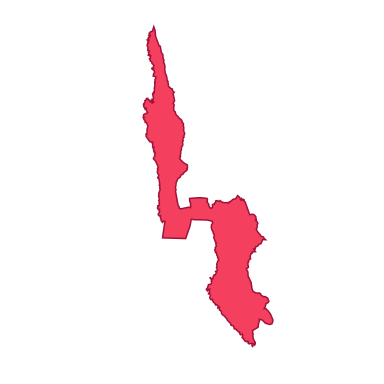 outline of Cohuecan, Morelos, Mexico, rotated 334°
{"feature_id": "50627088B76713899693742", "entity_name": "Cohuecan", "entity_type": "district", "adm_level": 2, "iso_a3": "MEX", "parent_name": "Mexico", "parent_adm1": "Morelos", "projection": "equal_earth", "projection_center": [-98.717, 18.758], "detail": "fine", "context": "isolated", "style": "filled", "palette": "rose", "viewbox_px": 384, "rotation_deg": 334, "n_neighbors": 0, "source": "geoboundaries", "source_scale": "gbopen_adm2", "svg_char_len": 6047}
<svg xmlns="http://www.w3.org/2000/svg" viewBox="0 0 384 384"><g transform="rotate(334 192 192)"><path d="M181.4,356.9L182.3,356.2L183.0,354.7L182.7,353.7L182.8,350.4L183.9,347.4L184.7,346.6L184.7,345.4L185.8,343.1L192.1,342.5L194.5,338.9L196.1,337.4L196.8,335.9L199.1,338.0L200.4,342.0L203.7,345.1L206.0,345.5L207.9,343.8L208.7,342.1L209.0,336.1L208.4,332.6L207.2,329.1L205.7,328.4L207.7,327.0L209.6,324.8L211.6,324.8L213.1,324.1L213.5,320.7L212.0,318.1L210.6,317.6L208.9,315.2L209.0,313.5L208.5,312.5L205.4,310.9L203.4,308.4L203.5,305.3L205.5,299.1L205.6,292.0L207.2,288.3L207.1,284.9L209.8,284.4L210.7,281.0L211.4,280.0L212.2,279.8L212.1,278.9L214.8,277.6L215.3,277.8L216.2,275.1L218.2,273.3L219.2,273.4L219.6,272.3L222.9,273.4L222.3,270.2L223.0,270.2L224.0,271.5L223.9,271.0L224.9,269.3L227.2,269.4L229.2,268.5L231.5,268.6L234.6,265.8L237.2,267.1L236.4,265.0L236.6,263.9L234.5,261.7L234.5,260.0L233.6,257.0L233.4,253.6L234.9,252.6L236.3,250.0L237.4,249.1L237.5,247.0L237.1,246.2L237.5,245.4L236.9,245.0L237.8,244.7L238.0,243.3L238.6,242.1L238.0,240.0L237.1,238.7L233.9,237.6L235.4,224.3L234.9,223.1L235.4,222.0L235.1,221.3L234.4,221.6L233.7,219.8L233.0,221.0L232.2,220.4L232.5,217.9L231.4,215.2L228.2,217.3L225.8,216.5L222.1,217.5L221.4,217.1L219.9,218.1L218.8,216.7L217.1,216.3L214.4,214.1L213.5,212.0L212.2,212.4L211.0,210.8L209.3,210.4L208.8,211.4L207.4,212.0L206.6,212.9L205.9,212.3L204.6,212.5L204.1,214.3L203.6,214.9L201.6,214.9L201.0,211.8L201.7,210.4L201.1,207.4L201.8,207.0L202.0,206.1L202.6,205.6L202.7,204.3L196.5,200.5L187.0,196.7L185.8,199.7L185.8,201.8L185.2,202.3L184.6,204.5L183.6,205.4L182.7,204.3L174.1,202.1L173.5,201.0L173.9,200.0L173.7,197.7L177.5,184.1L178.7,182.8L179.1,180.4L180.0,179.7L181.8,176.7L185.2,173.8L188.0,173.5L189.6,171.9L191.5,172.1L193.0,171.1L197.0,170.2L197.6,169.7L197.5,168.6L198.5,168.4L199.7,165.6L197.2,161.9L195.5,156.9L195.7,156.1L196.6,155.9L196.7,155.1L197.6,154.5L197.7,153.6L198.7,152.6L199.5,150.7L200.9,149.5L201.9,147.4L203.7,146.4L204.9,144.8L205.0,143.5L205.7,142.5L206.5,142.3L206.7,140.9L208.1,139.3L208.8,139.3L209.1,138.2L211.1,136.3L211.3,133.4L212.8,130.7L213.5,128.0L214.3,127.0L213.8,124.9L214.1,124.3L214.0,122.0L212.9,120.2L212.5,117.8L211.9,116.8L211.5,115.0L212.1,112.7L211.4,111.6L212.0,109.1L214.1,106.0L214.1,103.9L216.4,102.3L218.1,95.4L219.8,94.5L219.3,94.0L219.0,92.0L219.5,90.7L218.5,89.9L217.2,86.6L218.3,83.9L218.3,82.8L219.0,82.0L218.4,80.5L219.0,79.9L219.9,76.8L220.2,72.9L221.7,68.9L222.5,67.9L223.3,65.2L223.4,63.1L223.8,62.0L224.6,61.2L224.6,59.1L226.1,55.6L225.7,54.6L225.8,52.4L227.2,47.8L227.2,46.7L226.8,46.6L226.6,45.3L227.5,36.2L229.6,30.7L230.1,26.7L226.8,30.2L225.0,29.7L224.2,30.5L223.2,30.4L222.7,31.3L223.2,33.0L222.8,33.4L221.9,32.7L222.0,33.8L221.6,34.4L221.1,34.0L220.3,34.9L219.9,34.6L219.3,35.7L218.4,35.6L218.3,36.6L219.7,36.7L218.2,38.8L217.7,38.5L215.8,40.7L215.8,42.8L214.2,45.5L215.3,46.1L215.5,46.8L213.9,47.7L213.9,48.6L212.6,50.0L213.3,50.5L214.3,50.4L214.7,51.2L214.4,51.9L213.8,51.8L213.1,53.6L212.1,53.7L212.4,54.8L211.9,55.9L212.8,57.3L212.4,58.9L213.3,61.6L211.6,63.0L211.6,64.3L211.3,64.5L210.7,64.4L210.7,63.5L210.2,63.2L209.9,63.7L211.1,66.3L210.9,68.1L209.5,68.7L207.9,70.8L209.8,72.4L209.6,73.5L207.8,75.0L207.5,76.1L206.7,76.7L206.9,77.4L206.3,77.6L205.5,79.7L203.6,82.2L203.2,83.8L202.6,84.2L201.5,86.4L200.5,86.6L200.9,85.7L199.5,86.6L198.6,90.8L197.7,91.3L196.7,91.1L197.0,93.7L195.6,92.3L196.0,94.5L195.1,94.7L195.0,92.9L194.5,92.9L193.6,91.6L193.8,90.3L192.9,89.3L193.3,88.5L192.1,88.0L190.9,89.2L189.7,89.2L189.2,90.9L187.4,91.4L186.8,92.0L187.2,92.5L186.2,93.3L186.0,94.5L186.4,95.8L187.0,96.1L186.1,96.8L186.4,97.2L187.3,97.0L186.8,98.3L186.9,101.2L182.5,101.2L181.4,102.7L181.7,103.9L180.8,103.8L180.6,106.1L181.1,107.0L180.4,109.0L181.4,109.4L181.5,111.2L181.0,113.8L179.3,115.6L176.8,120.4L176.1,119.8L175.1,122.0L176.1,128.3L177.0,128.7L177.5,130.1L178.4,130.1L176.3,134.4L176.3,135.1L177.3,135.3L176.0,136.8L175.5,138.7L176.1,139.1L175.3,140.1L176.1,140.7L176.0,141.2L174.5,142.5L174.1,143.6L172.1,144.7L171.9,145.3L172.8,148.3L172.6,154.9L171.2,155.7L171.3,157.0L170.4,157.5L169.3,159.5L169.4,162.7L167.4,164.1L167.5,164.8L168.1,165.0L168.0,165.9L166.3,171.2L165.5,171.5L165.7,172.7L164.6,174.5L164.5,175.8L161.4,178.7L161.3,180.0L160.2,180.8L159.6,184.1L158.3,185.1L158.6,186.3L157.5,187.5L157.1,189.3L155.2,189.4L155.5,190.2L154.7,190.3L153.9,191.3L153.9,192.4L155.2,193.4L154.1,194.4L154.5,195.3L151.9,197.1L151.7,197.7L152.2,199.3L153.3,199.4L152.3,201.4L152.3,202.8L151.7,204.1L152.2,206.4L153.5,205.7L154.8,206.5L145.4,220.3L165.9,231.1L175.6,221.4L179.4,216.1L181.4,217.6L193.3,223.8L197.5,227.3L196.7,229.4L195.4,229.7L193.8,232.2L193.3,234.9L193.5,237.4L192.9,238.4L193.4,240.2L191.6,242.4L191.1,247.4L191.7,248.3L190.7,248.9L190.1,251.5L188.7,251.9L188.0,253.4L187.0,254.0L187.0,255.6L186.6,256.3L186.7,256.8L187.3,256.8L186.6,260.0L186.7,261.7L186.1,262.4L186.4,263.2L186.3,264.8L185.2,265.1L182.4,267.9L182.1,269.6L180.8,270.7L180.9,272.3L180.2,273.7L178.4,273.6L178.5,275.3L176.2,276.8L175.5,276.2L173.6,277.7L172.8,279.2L171.6,278.6L171.0,277.0L170.6,277.1L171.0,278.7L170.8,280.4L170.2,280.5L170.2,281.4L169.7,282.4L168.4,283.0L166.2,282.5L163.5,285.3L162.3,285.6L162.1,286.3L162.6,287.7L164.4,286.7L165.4,287.1L164.4,287.9L163.9,289.8L162.4,290.2L162.2,290.8L163.1,291.1L163.4,292.6L161.6,294.8L161.5,296.2L162.0,297.3L163.2,297.4L162.9,300.3L163.8,302.2L163.6,303.6L164.0,304.2L164.6,304.0L165.3,304.9L165.4,305.9L164.4,307.6L166.2,307.5L165.0,309.7L165.0,310.3L165.8,311.3L165.8,312.8L165.3,314.0L165.6,315.8L167.0,318.1L167.0,319.4L167.7,320.6L167.5,322.4L169.0,327.1L168.6,328.9L170.6,330.5L170.0,333.6L171.1,333.9L171.5,334.6L171.4,335.6L172.0,336.3L172.3,338.0L173.4,338.8L172.8,340.1L172.9,341.5L173.9,341.9L174.8,341.6L174.7,343.4L173.2,344.8L173.9,346.4L174.2,349.1L175.3,350.4L176.9,350.7L176.9,351.6L176.2,352.2L176.7,353.5L178.8,354.0L179.6,354.9L178.6,356.2L178.7,357.3L179.5,357.0L180.5,355.0L181.4,356.1L181.4,356.9Z" fill="#f43f5e" stroke="#9f1239" stroke-width="1.5"/></g></svg>